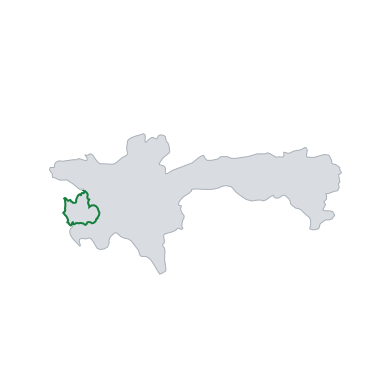 where Louang Namtha sits in Laos, rotated 305°
{"feature_id": "LAO-3272", "entity_name": "Louang Namtha", "entity_type": "Province", "adm_level": 1, "iso_a3": "LAO", "parent_name": "Laos", "parent_adm1": "", "projection": "mercator", "projection_center": [101.159, 20.926], "detail": "fine", "context": "in_parent", "style": "outline", "palette": "green", "viewbox_px": 384, "rotation_deg": 305, "n_neighbors": 0, "source": "natural_earth", "source_scale": "10m", "svg_char_len": 5366}
<svg xmlns="http://www.w3.org/2000/svg" viewBox="0 0 384 384"><g transform="rotate(305 192 192)"><path d="M141.4,65.4L143.0,68.4L150.5,76.4L151.8,78.5L154.5,80.2L156.8,87.3L157.7,87.7L159.0,87.2L159.9,86.2L160.7,83.5L161.2,83.2L162.1,85.5L164.2,86.1L165.1,87.1L165.3,88.8L165.0,90.6L163.3,94.6L162.2,100.0L169.5,111.5L172.6,113.1L179.9,115.0L184.8,117.5L187.1,116.9L189.3,114.1L191.9,112.5L196.8,110.0L198.3,109.9L201.0,110.8L205.4,113.7L212.1,119.1L211.9,120.5L210.7,121.9L207.1,124.0L205.9,125.4L206.6,125.9L209.6,126.3L213.2,127.5L214.3,128.9L214.9,132.1L215.5,132.7L218.8,132.3L219.8,132.7L221.0,133.8L222.1,136.4L222.1,138.4L218.8,141.9L218.4,144.0L216.8,146.5L212.3,150.6L211.1,150.9L202.8,148.6L196.3,148.9L195.7,149.8L196.8,152.3L197.2,154.8L196.1,156.7L192.4,159.2L192.2,160.2L193.0,161.3L198.5,163.6L216.0,175.5L224.0,177.8L227.5,179.3L228.4,180.2L228.4,181.2L227.4,182.5L226.7,184.9L226.6,186.3L227.5,187.6L228.9,189.6L233.8,194.2L237.4,195.2L241.1,200.4L242.2,204.9L244.1,207.9L253.2,217.6L260.7,223.6L265.3,230.1L267.5,231.5L268.1,233.9L268.7,240.7L271.4,244.0L271.9,245.4L273.0,246.4L274.3,246.6L277.0,244.4L277.5,244.7L278.7,248.3L279.8,249.6L283.8,251.8L288.1,256.1L290.3,257.7L293.2,258.9L293.6,260.3L293.1,261.6L292.2,262.5L287.2,265.0L286.6,266.1L289.8,271.6L298.1,278.4L300.6,282.5L300.1,284.4L297.8,288.4L296.1,289.5L295.6,290.7L296.9,293.9L296.8,298.9L295.2,300.1L293.7,303.1L292.7,303.4L290.2,302.2L284.9,307.5L282.7,307.2L280.0,310.1L276.6,310.5L274.3,308.3L269.2,304.8L267.4,302.7L265.9,304.6L263.2,306.3L259.5,305.7L258.5,308.3L257.7,308.8L253.2,309.2L252.4,309.7L253.1,312.1L255.8,316.1L256.6,318.4L254.9,322.2L250.2,322.1L248.1,320.6L245.5,317.3L239.5,315.2L235.5,316.7L234.3,316.6L231.2,313.9L230.1,312.2L229.4,309.6L234.0,307.5L236.3,305.8L237.9,304.1L238.5,302.3L239.2,294.8L239.9,292.1L239.5,288.9L238.3,286.3L238.3,282.4L238.9,279.3L240.7,277.8L241.9,275.5L242.6,270.5L242.1,269.2L240.4,267.9L237.5,266.8L235.7,265.3L234.9,263.5L235.0,261.9L235.9,260.6L233.7,259.1L228.4,257.4L225.5,255.4L224.9,253.1L222.7,250.0L219.0,246.2L217.0,240.7L216.8,233.6L217.2,227.8L218.9,221.1L216.7,216.2L214.2,213.6L210.9,211.7L207.7,209.0L204.6,205.5L201.0,200.3L196.7,193.3L193.9,190.2L192.4,191.0L189.4,190.3L184.7,188.3L180.6,187.2L177.1,187.1L174.8,187.5L173.8,188.6L173.7,189.6L174.6,190.7L174.1,191.5L172.3,192.0L170.8,193.2L169.2,195.7L168.0,199.1L166.3,200.3L163.6,200.6L161.0,201.6L158.4,203.2L157.2,204.4L157.3,205.2L156.7,205.4L155.5,205.0L154.9,203.9L154.9,202.1L153.6,201.0L150.9,200.4L147.8,198.5L142.0,193.7L140.6,193.5L138.7,194.8L136.2,197.4L134.1,198.5L132.5,198.0L131.2,198.9L130.3,201.4L128.7,203.3L120.8,208.4L113.7,215.1L111.9,215.7L107.6,213.8L106.2,212.5L112.2,198.9L113.0,195.6L112.8,191.2L110.3,187.6L110.2,186.5L110.6,185.4L113.7,181.1L117.1,170.2L117.0,166.8L115.4,163.1L114.6,159.5L115.2,154.7L115.0,152.8L113.3,151.8L107.9,150.9L104.8,151.7L103.3,153.0L101.5,153.8L98.1,154.3L94.9,152.6L92.2,149.8L91.5,146.4L94.9,139.1L95.7,136.2L95.6,134.9L95.0,133.5L94.2,133.3L92.5,131.6L90.8,128.5L89.2,127.1L87.7,127.4L86.4,128.5L84.1,131.4L83.4,131.0L85.4,120.9L87.3,116.5L89.5,114.5L91.8,113.6L94.3,114.0L96.4,113.6L98.0,112.5L97.9,111.9L95.9,111.8L95.1,110.6L95.5,108.4L96.4,107.0L97.8,106.4L99.1,104.2L100.3,100.4L101.9,98.5L103.7,98.5L106.8,96.9L111.2,93.7L112.9,90.6L114.6,92.0L113.9,95.6L114.8,96.3L115.2,97.6L115.0,99.6L115.4,101.3L116.0,102.1L117.0,102.5L121.7,101.1L124.5,101.0L129.2,103.6L132.0,101.6L132.0,100.9L129.7,98.5L130.4,89.5L130.1,82.6L126.3,77.5L125.5,75.5L125.1,72.2L124.0,69.3L126.8,67.0L128.2,62.8L130.2,61.8L130.8,61.9L133.1,65.1L136.1,63.5L138.4,63.5L140.3,64.4L141.4,65.4Z" fill="#d9dde1" stroke="#a8b0b8" stroke-width="1"/><path d="M113.5,91.1L113.9,91.1L114.3,91.6L114.3,92.5L113.7,95.1L113.8,95.7L114.0,95.9L114.9,96.3L115.4,96.7L115.5,96.7L115.7,96.9L115.3,97.8L114.9,98.5L115.2,98.9L115.2,99.0L115.2,99.5L114.9,100.6L115.2,101.0L115.7,101.8L115.9,102.2L116.4,102.6L116.8,102.8L117.3,102.8L117.9,102.5L119.3,101.5L119.9,101.3L123.2,100.7L123.8,100.7L124.4,100.8L125.4,101.1L125.6,101.2L125.7,101.3L125.8,101.6L125.8,101.9L125.6,102.2L125.5,102.5L125.7,102.8L126.1,102.8L127.2,102.3L127.8,102.3L128.2,102.7L128.7,103.7L129.2,104.0L129.6,104.0L130.1,103.9L130.7,103.8L131.0,103.5L131.0,103.2L131.4,103.8L131.0,106.2L130.6,107.3L129.9,108.2L128.8,108.7L127.7,109.2L126.8,110.1L126.7,111.3L127.0,111.7L126.9,112.2L125.6,112.2L125.2,112.4L124.0,112.7L122.7,113.9L121.7,115.9L120.7,116.5L123.4,117.4L123.8,118.2L124.8,119.0L125.0,119.5L125.3,121.9L124.5,124.3L124.0,125.0L123.5,125.5L123.0,126.2L122.0,128.0L119.7,129.1L116.9,129.3L115.4,129.2L115.5,129.5L114.6,129.3L112.6,129.8L110.8,129.3L110.2,129.1L109.1,128.2L109.0,127.4L109.0,126.4L108.5,125.3L107.9,124.3L107.1,123.7L105.0,124.0L104.0,123.6L103.8,122.0L103.8,120.7L103.1,119.3L102.8,118.6L102.4,118.0L101.7,117.5L101.2,116.9L100.7,115.6L99.7,114.7L98.4,114.3L97.6,113.2L98.1,112.7L98.9,112.0L98.9,111.8L98.0,111.6L95.5,112.1L94.9,111.7L95.0,111.1L95.3,109.8L95.3,109.2L96.0,108.6L96.1,108.4L96.1,108.2L95.7,107.3L96.3,107.1L97.6,106.8L98.1,106.5L98.4,106.0L99.9,103.3L100.8,99.5L100.9,99.1L100.9,98.8L101.0,98.6L101.3,98.5L101.6,98.5L101.9,98.5L102.1,98.6L102.3,98.8L102.9,99.0L103.5,98.9L104.6,98.5L104.9,98.2L105.9,97.2L106.3,97.1L109.0,95.6L113.0,92.3L113.4,92.1L113.5,91.7L113.5,91.1Z" fill="none" stroke="#15803d" stroke-width="2"/></g></svg>